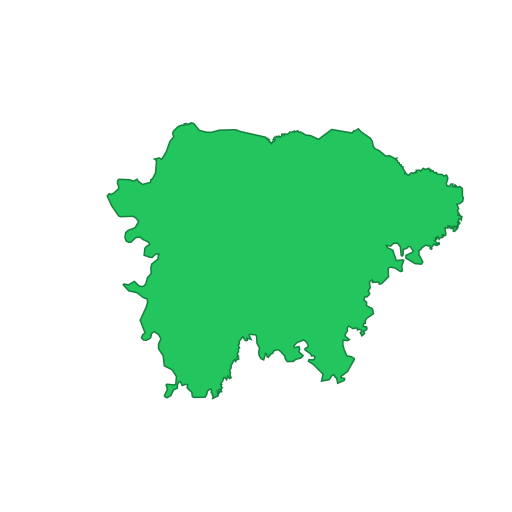 outline of Ban Muang, Sakon Nakhon, Thailand, rotated 211°
{"feature_id": "78962969B64071020381099", "entity_name": "Ban Muang", "entity_type": "district", "adm_level": 2, "iso_a3": "THA", "parent_name": "Thailand", "parent_adm1": "Sakon Nakhon", "projection": "albers", "projection_center": [103.488, 17.919], "detail": "fine", "context": "isolated", "style": "filled", "palette": "green", "viewbox_px": 512, "rotation_deg": 211, "n_neighbors": 0, "source": "geoboundaries", "source_scale": "gbopen_adm2", "svg_char_len": 6139}
<svg xmlns="http://www.w3.org/2000/svg" viewBox="0 0 512 512"><g transform="rotate(211 256 256)"><path d="M131.6,421.5L134.4,423.6L136.1,421.2L138.4,421.8L143.0,419.3L144.2,420.6L146.2,419.0L148.2,420.3L150.5,418.4L150.7,420.1L152.3,419.5L153.1,420.2L155.2,417.5L157.8,417.3L158.6,413.6L159.8,413.8L162.8,412.0L161.7,410.7L161.9,409.6L162.7,409.9L163.5,408.0L165.8,407.3L166.7,404.0L168.4,403.6L170.4,404.1L170.8,403.5L171.0,404.7L174.9,406.4L176.1,408.2L177.6,407.6L178.5,408.8L180.1,408.4L181.4,409.7L182.5,409.3L184.1,410.6L185.7,410.6L185.7,412.3L187.0,411.0L193.2,410.8L196.1,408.4L204.8,409.8L209.0,409.2L212.1,410.5L215.3,414.1L218.4,415.8L230.3,416.6L233.8,417.8L235.2,414.7L236.6,413.8L236.9,411.0L256.3,403.4L262.5,388.2L271.4,387.3L275.6,385.3L281.6,385.3L282.8,384.0L284.6,384.9L286.9,382.2L287.5,382.8L288.8,380.8L290.9,379.6L291.1,377.5L292.4,376.2L294.6,375.2L294.2,374.1L295.2,374.6L296.6,373.8L295.9,372.1L296.3,370.3L298.0,370.6L297.8,369.9L300.0,369.1L299.5,368.6L301.3,367.4L301.2,364.8L299.6,365.3L299.4,363.5L300.7,363.1L300.4,360.3L302.1,360.9L303.0,360.4L303.2,361.3L305.2,361.6L304.9,362.5L306.2,361.9L306.5,362.8L308.0,362.0L308.9,362.8L334.0,354.5L338.3,353.8L352.1,345.1L357.8,339.1L362.3,336.6L369.1,334.5L377.7,337.5L380.3,336.7L380.4,335.1L381.2,335.3L382.5,333.3L383.6,333.7L383.7,332.6L384.7,333.0L385.6,332.2L384.9,331.0L386.8,330.1L389.4,327.0L391.1,320.4L390.5,318.1L387.9,315.7L388.8,309.9L386.6,299.4L386.6,290.3L389.5,290.2L392.9,286.8L391.6,286.9L390.1,285.9L384.9,275.6L384.5,269.0L385.4,267.2L384.3,264.8L390.1,258.9L395.4,259.4L397.5,260.6L399.3,257.2L403.8,256.2L412.9,251.2L413.4,249.8L412.6,247.4L409.1,244.4L408.5,242.5L410.4,236.5L412.0,234.1L414.0,233.7L414.5,230.9L405.4,224.6L394.3,219.6L392.4,219.9L381.7,226.8L377.7,226.5L374.3,225.1L374.2,217.9L378.7,212.3L379.8,208.9L377.9,204.4L375.0,202.0L372.3,202.1L370.4,203.2L368.5,209.8L365.2,212.5L361.5,211.9L355.5,212.5L353.0,211.1L354.9,207.7L355.2,205.4L352.3,199.0L345.8,200.4L344.2,201.5L343.1,205.9L340.5,207.7L338.5,202.8L341.2,195.4L340.1,191.9L336.8,186.9L337.9,181.6L336.1,175.3L336.6,172.6L337.9,171.1L340.9,170.1L347.1,171.6L350.5,165.5L354.7,164.1L354.9,162.9L347.2,160.6L338.9,163.3L331.6,162.3L327.2,163.1L325.2,160.7L323.9,156.4L322.2,141.3L311.6,133.0L312.5,130.2L312.1,126.9L309.0,126.1L306.8,127.2L305.2,129.2L304.2,131.7L305.6,135.9L304.4,138.7L299.1,138.5L294.9,136.1L294.1,130.1L291.7,126.2L284.2,122.7L278.0,114.6L269.6,115.3L262.2,111.8L258.7,104.8L259.7,103.3L266.2,100.3L266.6,99.1L263.2,96.0L262.6,89.1L261.5,88.4L259.3,88.6L257.1,92.4L257.7,98.8L255.4,102.2L257.1,105.3L257.2,108.7L255.5,109.0L252.6,107.0L250.0,110.0L248.3,110.4L247.0,107.4L240.9,106.1L238.1,102.7L236.3,102.8L227.0,108.7L226.8,111.3L228.0,115.2L226.8,118.4L225.3,118.5L224.1,115.8L222.8,115.7L221.8,114.3L220.8,114.6L219.8,111.6L216.4,116.7L219.5,120.3L218.5,120.9L217.1,118.7L216.9,121.1L215.6,122.0L216.9,123.3L218.5,122.9L217.2,124.2L217.2,125.9L219.2,126.3L219.2,128.1L220.4,127.8L220.2,132.0L221.0,134.8L220.2,135.8L217.5,134.8L218.4,138.5L215.6,137.3L214.6,138.8L216.8,140.6L218.0,143.1L219.7,144.0L219.7,147.3L220.9,149.0L221.3,156.3L220.5,156.9L219.0,154.4L219.3,156.8L217.7,158.9L218.4,159.6L220.3,159.5L220.5,160.5L219.5,161.1L221.8,162.4L221.6,164.9L223.2,167.1L222.8,168.9L225.4,170.3L225.0,172.2L226.4,173.8L225.8,180.1L222.2,178.2L220.7,178.3L220.0,179.3L221.3,180.9L217.3,182.0L221.0,184.4L220.9,185.7L215.7,188.2L214.6,188.0L210.2,181.7L205.6,178.9L204.2,175.0L202.2,172.5L199.1,170.6L195.9,170.9L197.6,177.3L196.6,177.7L194.7,175.4L193.2,175.5L192.8,179.4L191.6,181.2L191.7,184.2L189.1,186.9L186.4,187.0L179.9,185.1L177.6,182.7L174.8,181.6L169.8,184.8L168.6,188.0L165.0,191.6L164.3,194.9L170.1,196.0L170.3,198.3L172.4,200.5L175.9,197.3L177.2,198.2L176.4,202.7L171.9,208.6L169.2,208.4L165.3,206.5L164.7,205.0L166.3,201.7L165.6,200.7L158.9,200.3L156.8,198.9L154.9,200.3L153.4,199.8L153.0,196.7L157.2,194.4L156.8,192.7L150.9,192.6L137.6,189.2L135.4,182.5L129.5,187.8L129.5,192.1L128.0,194.4L126.2,193.0L124.1,192.9L120.4,189.0L116.3,194.9L116.9,196.7L120.2,195.5L121.1,196.5L118.1,204.1L118.4,218.0L119.2,218.7L122.7,218.8L126.5,217.2L132.1,221.0L136.0,224.9L138.1,228.8L133.9,230.6L132.8,232.4L138.4,233.2L139.2,234.8L139.1,239.2L140.8,241.4L140.4,243.8L135.7,243.6L132.6,246.3L130.9,244.9L130.1,246.3L127.3,246.7L126.5,245.9L127.1,244.0L124.1,242.1L123.0,245.4L124.9,246.8L123.2,249.7L123.5,250.8L124.7,252.2L127.6,250.8L129.0,253.6L127.7,254.6L129.1,257.2L129.0,259.6L125.6,267.0L128.9,270.7L135.8,270.4L137.4,273.4L140.8,273.8L141.7,277.2L139.8,278.1L139.0,281.7L139.6,282.7L141.8,283.6L141.7,287.5L145.4,292.1L144.1,295.3L143.1,295.0L142.6,293.3L137.5,296.9L135.8,295.3L134.0,297.2L131.7,306.5L136.3,313.4L135.2,315.6L130.6,317.3L124.2,317.1L122.8,318.6L126.0,322.6L127.1,328.3L128.4,328.2L133.4,324.3L141.7,331.4L147.7,330.9L149.9,332.2L145.7,333.8L144.6,337.7L141.2,339.9L137.1,338.3L131.8,331.3L130.8,331.1L130.5,332.7L133.1,337.4L130.7,340.3L130.2,342.8L128.5,343.4L123.8,341.2L124.1,339.3L127.8,333.8L126.4,331.4L115.7,331.4L110.0,334.2L109.9,336.8L116.9,341.0L119.3,344.8L118.0,346.3L118.1,348.4L116.0,352.9L113.7,353.2L112.1,354.4L110.5,352.0L109.1,352.2L109.0,352.9L110.0,353.5L109.6,357.9L107.3,357.8L107.3,359.5L106.3,358.5L105.0,360.2L105.6,361.5L106.5,361.4L106.8,360.2L110.9,361.2L110.4,362.2L111.6,364.5L111.0,364.8L109.8,363.8L110.0,366.3L107.7,364.7L107.8,366.1L105.6,368.1L107.3,370.0L106.5,370.7L105.5,369.7L104.2,371.2L104.3,372.3L108.7,377.6L105.9,378.7L107.0,380.8L105.2,381.5L105.3,380.3L103.3,379.8L102.1,381.2L103.2,381.7L100.7,384.3L101.7,381.4L99.5,378.9L98.5,379.3L97.5,383.4L97.8,384.7L98.7,383.1L99.6,384.4L98.9,385.6L99.6,387.9L98.6,387.0L98.1,388.9L98.7,389.5L100.7,389.0L100.2,390.7L101.4,392.0L100.0,393.1L98.5,392.6L100.2,396.5L99.9,394.8L101.6,395.8L103.8,395.0L104.4,396.2L103.4,396.6L106.8,398.7L106.7,401.1L110.5,403.7L108.4,405.9L107.0,409.3L108.2,412.7L109.9,413.7L113.8,420.1L117.1,420.6L118.4,418.7L122.1,419.5L122.2,418.7L120.8,417.8L123.0,416.7L124.4,419.1L126.0,418.0L125.9,415.4L128.4,414.5L130.1,416.0L131.6,421.5Z" fill="#22c55e" stroke="#15803d" stroke-width="1.5"/></g></svg>